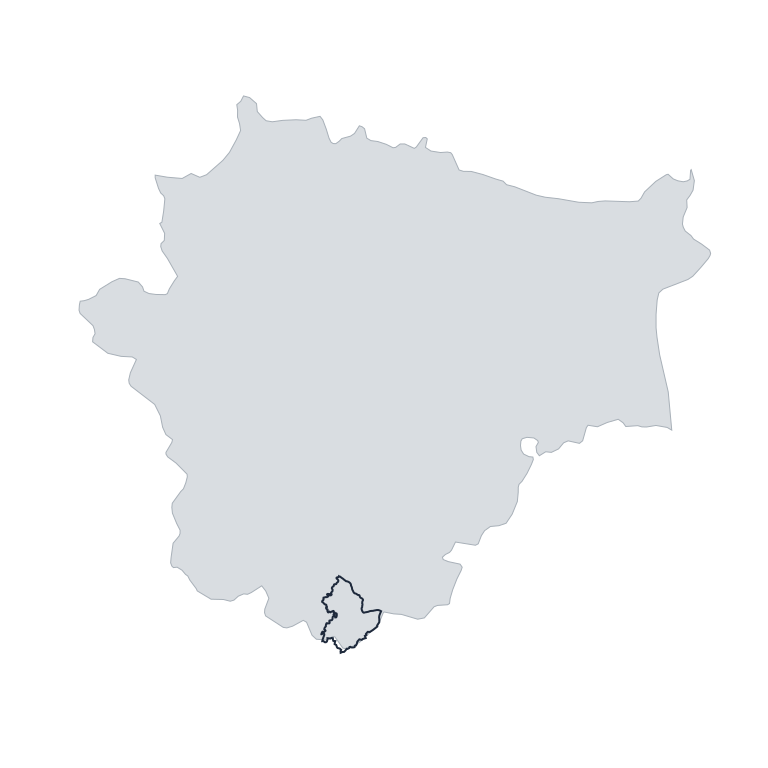 Verkhnyadzvinsk, Vitebsk, Belarus (highlighted), rotated 186°
{"feature_id": "67162791B82603429459213", "entity_name": "Verkhnyadzvinsk", "entity_type": "district", "adm_level": 2, "iso_a3": "BLR", "parent_name": "Belarus", "parent_adm1": "Vitebsk", "projection": "mercator", "projection_center": [28.26, 55.859], "detail": "fine", "context": "in_parent", "style": "outline", "palette": "slate", "viewbox_px": 768, "rotation_deg": 186, "n_neighbors": 0, "source": "geoboundaries", "source_scale": "gbopen_adm2", "svg_char_len": 9285}
<svg xmlns="http://www.w3.org/2000/svg" viewBox="0 0 768 768"><g transform="rotate(186 384 384)"><path d="M633.4,567.8L621.0,567.0L606.2,567.3L597.8,573.2L588.8,570.3L582.3,573.6L567.6,589.6L561.9,598.2L556.4,611.4L553.1,621.1L554.9,627.9L557.6,634.2L558.2,641.0L559.6,646.4L556.0,650.2L553.8,655.8L547.6,654.8L540.1,649.5L538.5,641.7L532.6,636.3L528.8,633.5L522.5,633.1L512.3,635.6L499.1,637.6L489.1,638.1L483.7,640.8L475.6,643.5L472.5,640.3L468.1,631.5L464.4,622.8L461.9,618.9L459.7,617.8L457.0,618.0L453.9,620.8L451.6,623.7L443.2,627.0L439.5,630.1L435.5,638.2L432.8,637.6L430.0,635.8L426.8,626.7L422.5,624.7L415.5,624.5L406.8,622.6L399.7,619.9L397.2,620.5L393.0,624.4L388.4,624.9L378.5,621.5L376.6,623.1L370.9,633.0L368.2,633.5L366.6,632.3L367.5,623.6L361.7,620.6L352.0,620.1L345.2,621.3L341.8,621.0L340.1,619.3L331.7,604.7L327.3,603.8L319.4,604.5L307.7,602.7L294.2,599.5L286.8,598.2L282.9,595.0L274.6,593.8L252.3,587.7L243.2,586.6L229.8,586.5L209.4,585.1L196.3,585.9L190.2,587.9L183.2,589.2L159.0,590.9L150.3,592.5L147.8,595.6L144.9,602.3L134.9,613.9L125.2,621.6L123.4,622.3L117.8,618.2L113.0,616.8L107.5,616.4L103.6,617.7L101.1,619.6L101.4,628.6L100.9,629.3L96.6,618.7L96.9,609.1L99.3,603.6L102.2,598.7L101.0,591.2L103.9,581.4L103.9,574.2L102.7,571.1L100.4,567.6L94.1,563.6L91.3,560.5L82.7,556.3L74.2,551.2L72.8,548.0L73.2,545.8L74.7,542.5L81.2,532.9L88.2,523.4L92.7,519.7L116.5,507.5L120.2,503.3L121.1,496.1L120.7,481.6L119.3,468.3L117.4,459.1L112.9,441.8L100.5,405.8L93.0,368.2L97.9,370.4L109.2,371.2L118.3,368.7L123.0,368.3L127.2,369.1L139.1,367.0L142.1,370.4L147.4,373.4L157.9,369.1L167.2,363.8L176.8,364.3L178.2,361.7L180.5,348.3L183.4,345.4L194.9,346.7L199.2,344.3L203.6,337.7L210.4,333.5L216.1,333.5L222.0,328.9L224.9,332.0L226.3,337.6L224.4,342.0L225.2,343.8L229.3,346.0L236.3,345.9L240.8,344.0L241.9,341.5L241.8,336.9L240.7,332.6L237.8,328.9L232.2,326.9L228.3,326.9L227.6,324.5L229.0,319.4L232.4,310.1L236.6,301.6L239.2,298.4L239.7,295.5L239.2,290.3L239.1,281.1L242.9,268.0L248.0,258.3L254.9,255.1L263.3,253.4L268.6,248.7L271.3,243.4L273.6,234.9L276.2,233.2L296.4,234.3L299.5,225.8L301.2,223.4L305.1,220.9L307.8,217.9L306.8,215.6L301.7,214.1L289.5,212.8L287.1,210.0L287.8,206.6L291.1,197.8L294.2,186.5L295.8,177.7L295.9,172.5L297.7,171.1L307.6,169.4L310.9,167.7L319.4,155.6L325.9,153.6L342.6,156.7L350.3,156.4L360.1,157.3L360.9,156.1L364.4,144.1L381.0,124.9L389.8,118.3L395.4,116.8L397.4,117.1L406.3,127.3L408.4,127.7L414.3,123.4L424.6,123.1L429.3,126.6L436.1,139.0L439.6,140.5L449.6,133.6L455.1,131.3L458.7,131.4L477.5,141.0L478.9,144.1L479.0,147.7L476.1,158.9L480.0,165.8L484.5,170.5L494.1,162.8L497.7,160.6L501.6,160.6L506.8,157.7L510.6,153.4L514.2,151.9L521.1,152.9L533.5,151.9L548.1,158.7L549.3,160.8L556.6,168.7L559.1,172.6L561.5,173.9L565.4,177.7L570.6,180.2L574.2,179.4L575.9,180.7L577.5,183.8L577.6,188.9L577.1,203.6L571.9,211.4L571.2,214.0L571.5,217.3L575.6,223.6L580.9,233.4L582.1,239.1L582.1,243.3L574.9,255.8L572.5,258.8L570.8,264.9L569.9,271.1L570.4,273.7L582.5,283.6L591.5,288.9L593.5,291.5L593.7,293.2L588.9,303.7L588.5,306.6L595.6,310.9L599.6,317.8L603.1,329.0L609.9,339.7L635.3,355.3L637.5,358.1L638.3,361.4L637.4,368.7L632.8,382.5L637.2,384.6L648.3,384.0L661.9,385.7L678.2,395.5L678.3,399.9L676.6,403.8L677.7,408.0L679.5,411.6L693.6,422.4L695.0,425.5L695.2,430.8L694.8,434.6L690.9,435.5L686.6,437.3L679.5,441.9L676.7,448.4L665.2,457.3L658.1,461.4L652.5,461.6L639.0,459.7L634.3,455.3L632.4,451.2L627.2,449.4L620.3,449.2L610.9,450.0L608.9,451.2L607.4,456.2L603.3,464.7L600.5,469.5L612.5,486.2L618.5,493.1L620.4,497.3L620.4,500.3L617.5,503.8L617.9,510.9L623.8,520.2L621.8,521.7L621.2,533.1L621.3,545.3L622.8,548.2L626.0,550.6L628.7,555.0L633.1,565.1L633.4,567.8Z" fill="#d9dde1" stroke="#a8b0b8" stroke-width="1"/><path d="M408.6,188.0L408.6,187.8L408.8,187.4L409.2,187.2L409.5,187.1L409.9,187.0L410.4,186.8L410.8,186.5L411.0,186.1L410.8,185.6L410.5,185.3L410.0,185.1L409.6,184.8L409.3,184.4L408.9,183.9L408.9,183.4L408.9,182.8L409.1,182.4L409.3,182.1L409.5,182.0L409.9,181.6L410.3,181.1L410.4,180.8L410.5,180.3L410.7,180.0L411.1,179.8L411.5,179.8L411.8,179.8L412.2,179.7L412.6,179.5L412.8,179.1L412.8,178.7L412.8,178.3L412.9,178.0L413.1,177.5L413.4,177.4L413.8,177.1L414.0,176.8L414.3,176.4L414.5,176.0L414.5,175.5L414.4,175.0L414.1,174.7L413.7,174.3L413.6,173.9L413.6,173.5L413.6,173.0L413.6,172.7L413.7,172.3L414.0,172.0L414.3,171.7L414.5,171.4L414.7,171.1L414.8,170.8L414.9,170.3L414.8,170.0L414.5,169.7L414.2,169.6L414.1,169.3L414.1,169.0L414.2,168.8L414.5,168.5L414.7,168.3L414.9,168.2L415.2,168.2L415.5,168.2L415.9,168.5L416.0,168.7L416.2,169.1L416.3,169.3L416.6,169.4L416.9,169.4L417.2,169.4L417.6,169.4L417.9,169.4L418.4,169.2L418.5,168.8L418.6,168.5L418.4,168.3L418.0,168.1L417.7,167.8L417.4,167.5L417.2,167.2L417.3,167.0L417.5,166.7L418.0,166.4L418.4,166.1L419.0,166.0L420.0,165.9L420.4,165.7L420.9,165.5L421.4,165.3L421.8,165.2L421.9,164.7L421.8,164.4L421.7,164.0L421.6,163.4L421.7,163.0L421.8,162.7L422.2,162.5L422.5,162.2L422.7,161.6L422.8,161.3L422.7,160.8L422.4,160.7L422.1,160.5L421.7,160.3L421.4,160.0L421.1,159.7L420.8,159.5L420.5,159.2L420.2,158.9L419.9,158.7L419.5,158.7L419.2,158.7L418.6,158.5L418.4,158.3L418.2,158.1L418.1,157.8L418.1,157.5L418.2,157.2L417.8,156.7L417.5,156.5L417.4,156.3L417.4,156.1L417.6,155.9L417.8,155.9L418.0,155.8L418.2,155.6L418.2,155.4L418.2,155.2L418.1,154.9L418.0,154.7L417.9,154.5L417.6,154.3L417.4,154.1L417.0,154.1L416.7,154.0L416.5,153.7L416.5,153.4L416.6,153.1L416.6,152.7L416.6,152.4L416.5,152.2L416.3,151.9L416.1,151.6L416.0,151.3L415.7,151.1L415.5,151.4L415.3,151.7L415.2,151.9L414.8,152.0L414.5,151.9L414.2,151.6L413.9,151.4L413.6,151.3L413.2,151.4L412.9,151.8L412.5,152.1L412.2,152.2L411.9,152.2L411.6,152.5L411.3,152.7L411.1,152.8L410.8,153.0L410.5,153.0L410.3,152.8L410.3,152.5L410.3,152.2L410.2,151.9L409.7,151.8L409.4,151.7L409.2,151.3L409.3,150.9L409.5,150.6L409.9,150.1L410.0,149.6L409.7,149.5L409.3,149.5L409.0,149.8L408.8,150.3L408.5,150.6L408.3,150.8L408.1,151.0L407.7,151.0L407.1,150.7L407.0,150.2L406.8,149.5L406.8,149.1L406.8,148.4L406.9,147.7L407.0,147.3L407.3,146.9L407.7,146.8L408.1,146.8L408.1,147.2L408.1,147.6L408.4,148.0L408.8,148.0L409.2,148.0L409.7,148.0L410.3,147.6L410.6,147.2L410.7,146.5L410.7,145.5L410.7,145.1L410.7,144.6L410.9,144.1L411.2,143.7L411.5,143.6L411.9,143.5L412.4,143.4L413.0,143.2L413.5,143.0L413.6,142.7L413.6,142.3L413.5,142.0L413.3,141.7L413.2,141.4L413.1,141.1L413.2,140.5L413.4,140.3L413.5,140.2L413.9,140.2L414.1,140.2L414.5,140.1L415.0,139.9L415.3,140.0L415.6,140.2L415.8,140.2L416.2,139.9L416.4,139.2L416.5,138.7L416.6,138.3L416.6,137.5L416.5,136.9L416.7,136.6L417.0,136.1L417.3,135.8L417.5,135.3L417.7,134.8L417.7,134.1L417.7,133.6L417.4,133.4L417.1,133.4L416.8,133.2L416.4,132.7L416.4,132.4L416.7,132.0L417.0,131.7L417.3,131.5L417.5,131.2L417.8,131.0L418.0,131.0L418.3,131.1L418.8,131.2L419.3,131.2L419.6,130.7L419.7,130.3L419.9,129.9L420.0,129.6L420.1,129.2L420.1,128.9L420.1,128.6L419.8,128.6L419.7,128.6L419.4,128.9L419.2,129.1L419.1,129.3L418.9,129.4L418.5,129.6L418.1,129.6L417.6,129.4L417.3,129.1L417.2,128.5L417.2,127.9L417.4,127.3L417.5,126.8L417.7,126.0L417.9,125.5L417.9,124.8L418.1,124.2L418.3,123.8L418.5,121.8L417.4,122.0L415.9,121.0L414.8,121.1L413.9,121.9L413.5,124.0L413.7,125.3L412.3,125.3L410.8,125.2L409.8,125.9L408.3,125.9L408.1,124.5L407.5,123.2L405.6,123.2L405.9,121.8L405.9,120.1L404.3,119.5L403.9,118.8L403.4,117.5L402.6,116.6L400.4,116.3L398.8,115.1L399.3,113.8L399.0,112.2L397.4,113.1L395.7,113.4L394.5,114.9L393.4,116.8L392.6,116.7L391.0,117.8L390.8,118.8L389.8,119.1L389.0,118.6L387.4,118.7L385.8,119.2L385.5,120.7L384.5,121.1L383.9,122.7L383.6,125.0L381.8,127.5L379.4,127.2L378.6,128.1L375.6,129.4L376.7,131.5L375.3,132.6L375.8,133.6L374.3,135.8L372.2,135.9L369.3,138.2L366.6,140.8L365.3,142.1L365.6,143.1L364.7,144.9L363.8,146.6L364.1,149.7L364.5,151.6L364.4,153.4L363.8,155.6L363.1,157.7L364.3,158.2L365.0,158.4L365.9,158.6L366.5,158.6L367.0,158.5L367.7,158.4L368.0,158.3L368.4,158.2L368.9,158.0L369.7,157.8L370.6,157.5L371.0,157.3L371.6,157.2L372.3,157.1L373.7,156.8L374.4,156.6L375.7,155.9L376.2,155.7L376.9,155.5L377.3,155.4L378.1,155.1L378.7,155.0L379.2,154.8L379.6,154.6L380.0,154.5L380.5,154.5L381.2,155.0L381.5,155.4L381.9,156.0L382.2,156.3L382.3,156.7L382.5,157.2L382.7,157.7L382.8,158.1L382.8,158.6L382.8,158.9L382.6,159.2L382.5,159.4L382.4,159.9L382.4,160.4L382.5,160.8L382.5,161.2L382.4,161.6L382.3,162.0L382.4,162.7L382.5,163.2L382.8,163.6L382.8,163.9L382.8,164.3L382.8,164.6L382.8,165.0L382.8,165.4L382.7,165.8L382.6,166.0L382.4,166.4L382.3,166.7L382.4,167.4L382.8,167.9L383.2,168.3L383.7,168.5L384.3,168.7L384.7,168.9L385.1,169.1L385.5,169.5L385.8,169.9L386.0,170.4L386.1,170.8L386.3,171.2L386.9,171.5L387.3,171.5L387.8,171.5L388.2,171.6L388.6,171.8L389.0,172.1L389.8,172.5L390.7,172.7L391.1,172.7L391.5,172.9L392.1,173.3L392.4,173.7L392.8,174.2L393.0,174.6L393.2,175.0L393.5,175.4L394.0,176.1L394.3,176.8L394.5,177.8L394.7,178.3L394.9,178.7L395.2,179.3L395.5,179.7L395.8,180.2L395.9,181.0L396.1,181.4L396.4,182.0L396.8,182.3L397.3,182.8L398.2,183.3L398.9,183.6L399.8,183.8L400.4,183.9L401.1,183.9L401.6,184.2L402.2,184.6L402.9,185.0L403.8,185.6L404.7,186.2L405.7,186.7L406.7,187.3L407.3,187.7L407.7,187.9L408.0,187.9L408.4,187.9L408.6,188.0Z" fill="none" stroke="#1e293b" stroke-width="2"/></g></svg>